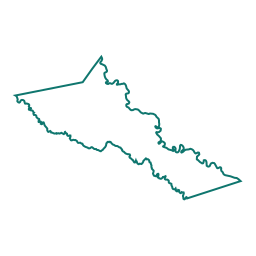 outline of Puerto Leguízamo, Putumayo, Colombia
{"feature_id": "7082276B4639527364844", "entity_name": "Puerto Leguízamo", "entity_type": "district", "adm_level": 2, "iso_a3": "COL", "parent_name": "Colombia", "parent_adm1": "Putumayo", "projection": "robinson", "projection_center": [-74.996, 0.082], "detail": "fine", "context": "isolated", "style": "outline", "palette": "teal", "viewbox_px": 256, "rotation_deg": 0, "n_neighbors": 0, "source": "geoboundaries", "source_scale": "gbopen_adm2", "svg_char_len": 5927}
<svg xmlns="http://www.w3.org/2000/svg" viewBox="0 0 256 256"><path d="M240.6,181.1L238.5,179.2L236.7,178.0L234.6,177.8L230.5,176.3L225.3,175.2L224.4,174.8L223.5,174.0L222.7,172.2L221.4,170.9L221.1,169.8L221.2,168.2L220.8,167.5L220.0,167.2L218.3,168.1L217.4,168.2L217.1,168.0L214.8,163.8L214.2,163.1L212.5,162.8L211.1,163.4L210.6,164.1L209.6,166.2L208.6,166.6L207.6,166.4L206.7,165.7L206.5,162.2L206.1,161.0L205.5,160.3L204.7,160.1L203.8,160.3L203.5,162.4L203.1,163.2L202.2,163.4L201.6,163.0L200.1,162.1L197.8,159.9L197.1,159.6L196.8,159.2L197.0,156.6L198.8,155.0L199.3,154.3L199.0,152.8L198.8,152.6L197.9,152.5L196.5,153.2L195.5,153.4L194.7,152.7L193.5,150.6L192.8,149.9L191.7,149.2L190.3,148.8L188.8,149.4L185.8,149.7L184.5,150.4L183.2,151.7L182.0,152.4L181.5,152.5L181.2,152.1L181.4,151.3L183.4,149.5L183.7,148.8L183.7,147.9L183.3,146.8L182.5,145.7L181.5,145.0L180.7,144.9L180.1,145.6L179.8,148.9L178.7,151.5L177.8,152.3L176.5,152.3L175.8,151.9L175.4,151.1L175.6,148.5L175.1,147.6L174.4,146.9L173.2,146.9L172.8,147.6L172.8,148.4L173.9,149.9L173.7,150.7L173.1,151.0L171.9,150.3L168.5,149.4L166.6,147.9L163.3,146.8L163.1,146.4L164.3,145.6L164.7,145.0L164.9,143.9L164.8,143.2L164.2,142.5L163.4,141.9L162.1,141.3L161.7,141.4L159.5,143.6L158.9,143.7L158.5,143.2L158.5,142.5L158.8,142.2L159.9,141.7L160.4,141.2L160.9,140.0L160.9,138.3L158.9,136.0L157.2,134.5L156.3,133.0L156.2,132.5L156.5,132.1L158.2,132.3L159.1,132.0L160.6,130.7L160.9,128.9L160.7,128.5L159.5,127.9L157.5,128.4L156.8,128.3L155.7,127.5L155.3,126.5L155.5,126.2L156.0,126.3L156.9,127.1L157.6,127.3L158.6,126.9L159.0,126.1L159.3,124.1L159.0,122.4L159.0,120.4L158.6,118.8L156.3,116.6L155.9,115.6L155.1,114.8L153.1,113.8L150.0,113.5L149.2,113.9L148.7,114.0L145.3,113.0L144.2,113.2L143.7,113.5L142.9,113.5L140.8,112.4L139.0,110.4L137.8,109.5L135.5,109.1L134.3,109.3L132.9,110.1L131.3,110.2L130.4,109.7L128.5,107.5L126.9,106.8L126.3,105.9L126.3,104.8L126.7,104.2L128.7,103.6L129.1,102.9L129.3,102.2L128.8,101.4L127.3,100.1L126.6,99.1L126.1,97.9L126.0,96.3L125.7,94.6L125.8,94.2L126.3,93.7L128.2,93.3L128.8,92.8L129.0,91.8L128.6,90.7L126.7,88.5L126.0,85.8L125.5,84.7L124.8,83.9L124.0,83.4L123.6,83.4L122.9,83.9L121.6,83.9L120.3,84.3L118.9,84.3L117.4,84.7L116.9,84.6L116.9,84.1L117.9,83.1L118.1,81.9L118.0,81.0L117.4,80.4L116.3,80.3L115.6,80.6L115.1,80.9L113.3,83.1L112.1,83.8L111.6,83.8L110.1,83.2L109.5,83.2L108.1,84.0L107.5,83.9L106.8,83.7L106.0,83.1L105.9,82.7L106.1,82.2L107.6,81.8L107.9,81.5L107.9,81.2L107.5,80.3L106.4,79.4L105.3,77.8L104.7,76.1L104.3,73.7L104.6,72.8L106.5,71.9L107.0,71.1L107.0,70.4L106.6,69.8L105.7,66.8L104.7,65.5L102.0,64.2L100.8,63.8L100.3,63.1L100.3,62.3L101.5,60.9L102.2,59.2L102.0,58.1L101.3,56.7L92.3,68.7L82.7,82.2L15.4,95.5L16.4,96.1L16.8,96.7L17.7,99.3L17.4,100.6L17.4,101.4L18.3,102.3L19.2,102.6L19.9,102.2L20.7,100.7L21.3,100.1L22.0,99.9L23.2,100.1L24.2,100.8L24.5,101.7L24.6,102.4L25.0,103.5L25.8,103.7L26.7,103.5L28.6,104.1L29.2,104.9L29.2,105.7L28.8,106.3L29.5,107.7L29.9,108.0L30.8,108.0L31.0,108.4L30.8,108.7L29.2,108.5L28.9,108.6L28.8,109.2L29.0,109.7L29.7,109.8L30.3,110.2L32.5,110.6L32.8,110.9L33.4,112.2L34.0,112.6L33.6,113.0L33.4,113.7L33.9,114.9L35.4,115.0L35.9,115.3L36.3,115.8L36.4,116.9L36.6,117.3L38.1,118.7L39.0,118.9L39.2,119.2L39.3,120.1L38.5,121.1L38.7,122.0L39.2,122.1L40.4,121.5L40.9,121.7L41.1,122.2L40.8,123.8L41.5,124.2L42.1,124.0L42.4,123.6L42.5,122.9L43.1,122.3L43.7,122.5L44.7,125.5L47.0,128.2L47.3,128.7L47.2,129.9L47.3,130.4L47.8,131.4L48.3,131.9L49.0,131.7L50.2,131.0L50.8,131.5L51.1,132.5L52.4,132.7L53.6,133.3L54.9,133.6L56.3,133.2L56.5,133.4L56.6,133.2L57.4,133.5L58.2,133.2L59.3,133.6L59.7,133.4L60.5,133.3L61.3,132.8L63.8,134.1L64.6,133.4L64.9,132.0L65.1,131.9L65.6,132.8L66.4,133.3L66.5,133.7L67.0,133.8L67.3,135.4L67.8,135.8L68.5,135.9L69.8,135.4L70.4,135.5L70.5,136.7L69.8,138.3L70.9,140.2L71.7,140.4L73.2,139.8L74.6,140.1L75.4,140.0L76.8,140.9L77.6,142.4L78.0,142.8L78.5,142.9L80.3,142.7L81.6,143.7L82.4,143.7L83.2,145.4L83.8,145.9L85.3,146.8L87.8,147.7L88.3,148.2L89.1,148.4L90.0,148.2L91.4,147.2L92.2,147.3L94.3,149.0L96.2,149.1L96.5,149.6L97.2,150.0L98.1,150.0L100.3,151.2L100.9,151.2L101.6,150.5L102.7,149.9L103.6,148.7L105.2,147.1L105.5,146.4L106.0,145.7L106.4,143.3L106.8,143.0L107.5,142.0L107.9,142.2L109.1,141.7L109.7,141.8L110.0,142.2L110.6,142.0L111.4,143.0L111.6,143.4L113.0,144.6L114.0,144.9L115.4,145.9L117.5,146.1L119.4,147.4L120.5,147.6L121.3,148.8L122.1,149.5L122.0,150.1L122.3,150.7L123.0,151.4L123.8,151.7L125.5,153.4L127.6,154.2L128.8,154.2L129.8,154.5L130.1,155.6L129.4,156.8L129.8,157.7L131.3,158.7L131.9,159.5L132.7,159.8L132.8,160.2L133.6,161.3L134.0,161.5L133.9,161.9L134.3,162.4L134.8,162.5L135.3,162.3L135.9,160.6L136.1,161.2L136.6,161.3L137.4,163.4L138.5,164.2L138.9,164.2L139.6,163.7L141.5,164.0L141.9,163.5L142.3,163.3L143.2,161.8L143.4,160.9L145.9,158.4L146.3,158.6L146.4,159.1L146.8,159.4L147.4,159.2L148.1,159.3L149.2,160.3L149.2,161.0L149.6,162.3L150.5,162.5L150.8,163.4L151.1,164.7L151.5,165.3L151.4,167.0L151.9,168.1L151.8,168.7L153.6,170.6L153.6,171.6L153.0,173.5L153.3,174.4L154.0,175.7L155.6,176.2L156.4,176.1L156.6,175.8L156.6,175.3L156.9,174.6L157.6,173.9L158.2,173.8L158.5,174.2L158.4,175.1L158.3,175.9L157.6,176.7L157.7,177.3L157.9,177.5L158.7,177.7L159.1,178.3L160.9,178.8L161.6,178.5L162.7,177.5L162.9,177.0L164.2,176.8L165.5,176.2L165.6,176.5L164.7,178.2L164.9,179.1L165.6,179.6L167.3,179.6L168.3,180.2L168.8,180.9L168.7,182.0L169.0,182.8L169.6,183.2L170.6,183.4L171.4,183.9L171.5,185.6L172.1,186.4L172.5,188.3L173.2,189.1L174.9,189.4L175.6,188.5L176.0,189.9L175.9,190.3L175.8,190.2L175.8,190.6L177.0,191.4L177.8,191.0L178.1,189.9L179.1,190.2L179.2,190.4L179.3,192.1L180.4,193.1L180.9,193.1L181.7,192.1L182.3,192.4L183.4,192.4L183.4,193.0L183.8,193.2L183.4,194.8L183.0,195.5L183.0,196.4L183.5,198.0L183.4,198.7L183.9,199.2L184.5,199.3L184.9,199.0L186.3,197.1L186.7,197.3L187.1,198.4L240.6,181.1Z" fill="none" stroke="#0f766e" stroke-width="2"/></svg>